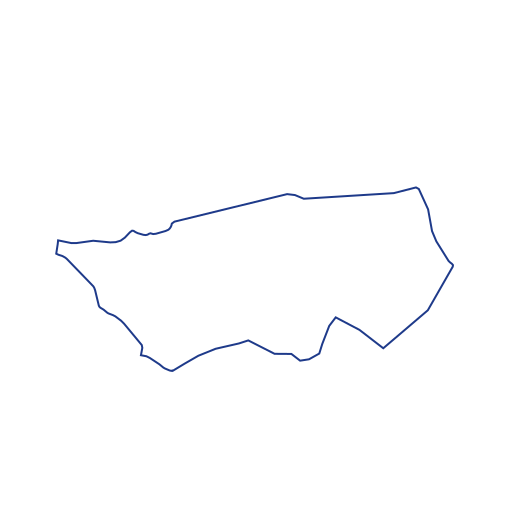 SVG path tracing the border of Mayo-Kebbi Ouest, rotated 124°
{"feature_id": "TCD-4858", "entity_name": "Mayo-Kebbi Ouest", "entity_type": "Prefecture", "adm_level": 1, "iso_a3": "TCD", "parent_name": "Chad", "parent_adm1": "", "projection": "robinson", "projection_center": [14.975, 9.209], "detail": "fine", "context": "isolated", "style": "outline", "palette": "blue", "viewbox_px": 512, "rotation_deg": 124, "n_neighbors": 0, "source": "natural_earth", "source_scale": "10m", "svg_char_len": 1297}
<svg xmlns="http://www.w3.org/2000/svg" viewBox="0 0 512 512"><g transform="rotate(124 256 256)"><path d="M204.9,83.2L261.3,98.9L259.4,128.9L262.3,155.6L273.0,156.2L291.8,151.9L301.5,149.0L312.0,154.3L318.1,160.9L317.4,171.9L326.7,185.9L330.3,215.2L338.1,221.3L355.5,237.6L370.9,248.0L385.2,255.0L397.7,260.8L397.6,261.1L397.7,261.4L398.4,261.7L398.8,262.6L399.2,263.6L400.2,268.7L400.3,270.5L399.8,275.5L399.9,287.0L400.4,290.8L402.6,295.9L395.7,298.9L393.7,300.9L385.9,327.5L385.1,331.6L384.7,338.8L385.0,341.5L385.8,344.9L386.1,346.2L386.2,347.5L385.7,352.4L385.9,356.2L385.6,357.6L385.0,358.6L374.3,370.3L372.8,372.4L372.1,373.9L364.2,411.2L364.0,413.2L364.2,415.8L364.4,417.0L365.4,420.3L365.8,422.9L357.1,427.0L353.7,428.8L348.5,416.2L345.6,412.0L334.4,399.5L326.2,384.4L323.0,380.1L319.0,376.8L314.1,375.0L306.9,373.8L304.3,372.9L303.6,371.5L303.6,369.4L303.2,366.8L301.4,361.2L300.3,359.1L298.9,357.8L297.5,357.2L296.2,356.2L295.3,353.5L293.5,351.4L285.9,345.0L283.2,343.3L281.4,342.9L279.7,342.9L278.0,343.2L276.2,343.9L273.1,342.8L230.2,303.8L187.3,264.8L183.7,257.8L181.8,248.4L126.8,176.9L109.7,161.7L109.4,158.5L121.1,139.4L136.9,124.0L143.0,114.7L152.4,93.6L152.8,91.4L152.9,89.3L153.4,87.6L154.9,86.9L157.8,86.7L204.9,83.2Z" fill="none" stroke="#1e3a8a" stroke-width="2"/></g></svg>